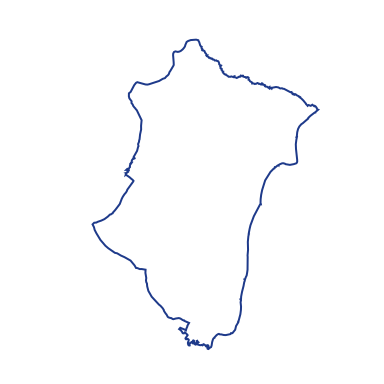 outline of Bireuen, Aceh, Indonesia, rotated 117°
{"feature_id": "22746128B71427834061478", "entity_name": "Bireuen", "entity_type": "district", "adm_level": 2, "iso_a3": "IDN", "parent_name": "Indonesia", "parent_adm1": "Aceh", "projection": "robinson", "projection_center": [96.671, 5.084], "detail": "fine", "context": "isolated", "style": "outline", "palette": "blue", "viewbox_px": 384, "rotation_deg": 117, "n_neighbors": 0, "source": "geoboundaries", "source_scale": "gbopen_adm2", "svg_char_len": 5945}
<svg xmlns="http://www.w3.org/2000/svg" viewBox="0 0 384 384"><g transform="rotate(117 192 192)"><path d="M206.8,258.9L206.6,258.8L207.2,254.3L207.9,251.7L208.0,250.8L208.6,249.2L209.2,249.1L219.3,250.7L220.4,250.5L222.4,250.6L224.8,251.2L227.7,251.5L230.0,251.5L235.5,250.9L242.7,252.2L246.2,253.1L247.0,253.0L248.0,253.8L248.8,254.1L249.4,254.9L252.1,255.8L255.9,257.7L258.6,259.8L261.5,262.6L262.6,263.3L263.8,265.2L266.0,265.9L267.9,263.3L269.9,261.6L272.2,258.4L276.3,251.8L279.2,244.8L280.1,241.1L281.2,233.1L280.6,230.8L280.9,226.5L280.7,222.6L281.0,215.6L283.5,209.8L285.1,207.4L284.6,206.2L284.4,203.6L283.5,201.9L282.3,198.1L285.2,196.8L289.4,193.7L291.6,192.9L293.1,191.8L294.0,190.6L296.4,189.1L299.9,186.0L303.6,180.4L307.3,170.4L307.7,168.4L308.8,165.5L309.9,163.6L310.5,163.2L311.1,162.3L312.4,160.0L312.6,159.3L314.2,157.0L314.4,156.1L314.0,153.7L313.7,153.0L314.0,151.8L313.8,150.9L312.0,148.9L310.3,146.5L310.0,144.8L310.3,142.3L310.2,141.2L310.0,140.6L310.3,140.3L310.0,135.2L313.3,135.4L313.9,135.1L316.2,135.0L318.0,134.6L317.9,135.6L318.3,140.8L320.0,141.2L320.3,139.1L321.3,137.1L321.9,136.4L322.0,135.9L321.6,135.0L320.3,134.6L321.0,132.1L321.5,130.9L325.3,131.4L325.8,130.9L325.9,130.4L324.8,129.1L325.1,127.9L326.0,127.5L327.9,127.3L329.1,126.7L330.0,125.7L330.1,124.9L329.8,124.4L329.4,124.5L328.9,125.8L328.6,126.1L327.8,125.5L327.2,124.7L326.0,124.4L326.0,123.3L326.5,122.6L326.3,122.1L324.9,122.8L324.4,123.6L323.8,123.6L323.6,123.4L323.6,122.8L323.8,122.3L326.1,121.6L326.4,119.8L326.3,119.4L325.9,119.3L325.5,120.1L325.2,120.2L323.7,119.3L322.6,120.1L322.2,119.8L322.7,119.0L323.0,118.0L323.5,118.2L324.4,119.2L325.3,118.5L325.3,117.6L324.9,115.5L324.6,114.8L324.0,114.2L323.9,113.0L323.6,112.8L322.6,112.8L322.3,112.5L322.5,110.8L323.2,109.4L323.2,108.8L322.6,108.6L321.6,108.9L321.3,108.3L321.8,107.3L323.9,107.3L324.5,107.1L324.6,106.7L324.4,106.0L323.4,105.8L321.5,104.6L320.0,104.8L316.6,105.9L313.9,106.4L312.8,106.4L311.7,105.8L311.5,106.0L308.3,105.1L306.9,104.3L306.2,103.6L306.2,102.5L305.6,101.3L305.0,98.8L304.2,97.0L301.3,93.4L300.8,93.1L300.1,93.2L299.4,91.9L295.1,91.0L291.4,91.9L287.0,91.6L286.6,91.7L286.6,92.0L285.0,92.1L279.0,93.4L274.8,94.9L271.8,96.3L268.1,98.7L266.4,99.1L266.1,99.5L266.0,98.9L266.0,99.3L265.7,99.5L262.7,100.8L258.2,102.1L252.4,103.4L248.7,104.5L247.0,104.7L246.3,105.1L246.0,105.6L245.5,105.1L243.5,105.4L241.6,105.4L239.0,106.2L236.1,107.2L224.6,112.9L223.3,113.7L218.1,115.8L211.1,119.6L205.8,121.7L204.9,121.9L204.3,122.2L203.6,122.2L203.5,122.5L203.2,122.6L198.8,123.9L195.1,124.8L185.5,125.9L172.3,125.7L171.7,125.5L171.6,125.1L171.2,125.4L171.2,125.7L167.2,127.6L163.1,129.1L158.4,130.4L148.4,132.1L138.5,131.2L134.3,129.9L133.6,129.3L132.3,129.5L132.1,128.9L129.6,127.8L128.8,127.2L128.9,126.9L128.5,127.0L127.5,126.4L125.7,124.9L125.0,123.9L124.6,122.2L124.7,121.2L123.4,117.1L121.0,114.0L119.2,112.2L118.4,111.9L117.3,112.0L115.6,112.9L106.4,118.9L102.3,121.2L98.2,122.7L95.7,123.4L95.9,123.6L95.8,123.9L95.0,123.8L90.9,125.4L87.7,126.1L84.9,126.1L82.0,125.4L80.4,124.5L75.4,122.5L74.7,122.0L74.8,121.4L74.5,121.9L74.0,121.8L73.8,122.1L72.7,121.9L70.2,121.0L66.0,119.0L65.2,118.2L64.9,118.4L61.5,117.0L61.6,117.7L61.3,117.8L61.1,118.6L60.4,119.1L59.6,120.8L59.5,121.8L60.1,122.0L59.6,124.4L61.3,125.3L61.6,127.6L62.7,128.1L62.5,128.4L61.9,130.3L61.6,130.5L59.9,134.4L59.0,137.2L58.7,139.2L58.3,139.1L58.2,141.0L58.3,142.1L57.9,144.0L58.0,144.6L58.8,144.7L59.1,146.5L58.9,147.2L58.6,147.3L58.4,147.1L58.2,148.8L57.9,148.9L58.4,149.6L58.3,156.9L58.7,157.7L58.7,158.9L59.7,160.4L59.6,162.5L60.3,164.8L62.7,167.9L63.7,167.9L63.3,169.0L64.7,169.7L64.6,170.1L63.3,170.7L64.4,171.5L64.1,173.2L64.7,174.3L64.6,175.1L63.7,175.4L63.6,175.8L64.2,177.4L64.0,177.8L63.4,178.2L63.3,178.7L63.5,179.1L64.6,178.8L64.9,179.2L64.9,181.0L65.3,181.4L65.1,182.8L65.2,183.2L66.7,184.2L66.9,184.9L67.3,185.2L67.3,186.4L68.0,187.7L67.3,188.0L67.1,188.4L67.0,190.6L66.1,191.9L66.3,192.6L65.2,193.2L64.6,193.3L64.3,194.0L64.5,194.9L64.7,195.2L65.7,195.6L65.4,196.8L65.7,197.4L65.9,198.9L65.2,199.3L65.2,199.5L65.8,200.0L66.1,201.3L67.0,201.1L67.4,201.4L67.6,202.2L68.2,202.4L68.5,202.9L68.9,203.0L70.1,203.9L70.1,204.8L70.4,206.3L69.6,206.7L70.0,207.1L70.8,207.1L71.2,209.5L71.9,210.1L72.7,211.8L72.3,213.0L72.3,214.7L71.9,215.3L72.3,216.1L72.0,217.5L71.7,218.2L70.9,218.6L71.1,218.8L71.1,219.2L69.9,220.3L69.8,221.1L68.8,221.5L68.9,222.1L68.6,223.0L67.5,223.3L67.2,223.9L66.1,223.6L66.2,224.8L65.9,225.7L65.0,226.2L63.7,227.7L63.6,228.3L63.9,229.2L63.7,230.1L64.5,231.3L64.1,232.7L64.5,233.7L64.0,234.4L64.0,234.9L64.1,235.2L64.4,235.3L64.3,236.1L64.6,236.4L64.3,237.3L64.7,237.8L64.2,238.6L64.2,240.4L63.9,240.6L63.3,240.5L63.6,241.3L63.1,241.4L62.4,242.3L61.9,243.7L60.9,244.6L60.7,245.1L60.7,245.6L61.0,246.2L60.7,246.7L60.7,247.0L61.0,247.4L60.9,247.6L60.0,247.5L59.3,249.0L58.2,249.3L58.2,250.2L57.5,251.4L55.1,253.7L54.6,254.6L53.9,255.3L54.4,257.5L57.2,262.1L59.2,264.0L60.7,264.9L63.9,264.7L65.4,264.4L66.8,264.5L69.0,265.0L71.3,266.0L72.5,266.9L73.6,268.2L74.3,270.7L75.5,271.6L77.1,271.6L78.6,271.0L84.8,267.2L87.0,266.0L87.7,265.9L94.2,266.3L95.0,266.5L97.7,266.2L99.0,266.5L100.7,267.3L102.8,267.8L104.4,269.4L108.0,271.7L115.6,279.3L116.6,280.6L117.3,282.3L119.0,290.6L120.1,291.4L123.0,292.0L130.7,292.1L132.7,293.0L135.4,291.7L137.0,290.3L138.6,287.0L140.2,286.3L141.0,284.5L141.9,283.6L142.9,281.5L143.2,280.5L143.7,279.7L144.2,278.3L150.9,269.5L156.2,267.4L159.4,265.7L164.3,264.4L169.0,262.6L169.7,262.6L171.4,262.0L173.8,261.8L175.4,260.5L176.3,260.5L180.3,259.6L187.3,259.9L187.9,259.7L187.8,258.7L188.1,258.4L189.2,259.3L189.4,259.7L190.4,259.9L191.4,259.9L192.5,259.4L193.8,259.6L193.5,259.1L196.2,259.5L198.0,258.6L198.5,258.9L200.6,258.7L200.7,260.1L202.1,260.6L201.7,259.8L201.7,259.0L201.2,258.4L201.5,258.1L202.3,258.9L202.9,258.9L203.3,258.2L204.3,258.7L205.0,259.4L205.0,259.0L205.5,259.2L206.8,258.9Z" fill="none" stroke="#1e3a8a" stroke-width="2"/></g></svg>